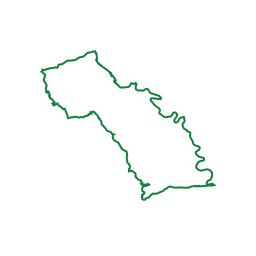 Farcasesti, Gorj, Romania (Natural Earth projection), rotated 16°
{"feature_id": "2599482B37967446659038", "entity_name": "Farcasesti", "entity_type": "district", "adm_level": 2, "iso_a3": "ROU", "parent_name": "Romania", "parent_adm1": "Gorj", "projection": "natural_earth1", "projection_center": [23.175, 44.859], "detail": "fine", "context": "isolated", "style": "outline", "palette": "green", "viewbox_px": 256, "rotation_deg": 16, "n_neighbors": 0, "source": "geoboundaries", "source_scale": "gbopen_adm2", "svg_char_len": 5854}
<svg xmlns="http://www.w3.org/2000/svg" viewBox="0 0 256 256"><g transform="rotate(16 128 128)"><path d="M226.6,159.1L224.5,158.3L223.3,158.8L222.3,159.6L219.9,160.4L219.4,160.4L219.0,160.0L218.8,158.8L218.9,157.6L219.2,157.1L221.4,155.0L221.8,153.9L222.0,151.4L221.7,149.4L221.0,147.9L220.4,147.3L218.6,146.1L217.2,145.8L215.2,145.9L210.9,148.4L209.7,148.8L208.5,148.9L207.4,148.8L206.3,148.4L204.6,147.3L204.1,146.2L204.1,145.6L204.4,143.2L205.2,141.2L206.9,139.5L208.5,139.1L209.3,138.6L209.8,137.7L209.8,137.2L209.5,136.5L209.2,136.1L208.4,135.9L204.2,136.1L201.3,134.7L200.5,134.1L199.9,133.2L200.0,132.2L200.4,131.4L202.3,129.3L202.6,127.8L202.5,127.4L202.1,126.9L200.8,126.2L196.9,126.1L195.5,125.5L195.1,125.1L193.5,122.7L190.7,119.9L189.9,118.9L189.6,117.9L189.5,116.4L189.3,115.7L188.9,115.2L188.4,115.0L186.5,115.0L185.7,114.6L185.2,114.0L184.7,113.7L182.3,113.3L181.5,112.7L179.9,110.9L179.5,109.8L179.4,108.8L179.6,108.1L180.6,106.4L180.3,105.2L179.5,103.9L179.4,103.0L179.0,102.2L178.3,102.2L177.6,102.5L176.9,103.1L176.0,103.5L175.2,104.3L174.8,105.3L174.2,108.1L173.7,108.9L172.6,109.6L171.7,109.5L170.7,108.8L170.4,108.0L170.5,106.2L171.4,104.6L171.5,104.0L171.6,102.1L171.5,101.4L170.3,100.6L169.3,100.2L167.9,100.3L167.4,100.9L167.0,101.8L166.8,103.5L165.6,105.3L163.1,106.3L161.4,107.3L160.3,107.4L158.5,107.0L156.0,105.9L154.3,105.4L153.8,104.4L153.8,102.1L153.4,101.5L152.5,100.6L151.9,100.3L150.5,100.0L146.8,98.4L144.8,96.8L143.5,96.2L142.3,95.1L141.9,94.4L141.8,93.8L141.9,93.4L143.1,92.8L146.4,92.0L149.1,91.8L151.2,91.2L151.5,91.0L151.7,90.5L151.3,89.9L149.6,88.8L148.3,88.5L140.2,88.3L139.0,87.6L136.5,85.3L135.4,85.2L134.7,85.3L134.3,85.7L132.7,87.5L132.0,88.0L131.5,88.2L130.4,88.2L128.3,89.0L126.4,89.1L125.2,88.7L124.7,88.3L123.9,85.5L124.2,84.5L124.1,83.8L123.8,83.2L123.2,82.7L122.8,82.7L122.4,83.5L121.9,83.9L119.7,84.0L118.6,84.3L118.5,84.7L118.7,85.3L118.5,85.9L118.1,86.5L117.7,87.8L116.9,88.5L112.1,90.5L110.3,90.9L109.5,91.2L105.8,89.1L105.0,88.9L105.0,88.7L103.8,88.0L103.6,88.2L103.8,88.5L102.5,87.6L102.2,87.1L102.3,86.9L102.0,87.1L101.9,86.8L101.9,86.4L102.0,86.1L101.9,84.1L101.1,83.8L99.2,82.1L98.7,82.0L98.2,82.7L97.7,82.4L97.8,82.0L97.5,81.9L97.6,81.5L97.3,80.8L97.1,80.7L96.9,80.9L95.7,80.5L96.1,79.7L89.2,77.0L86.9,76.3L85.0,75.2L84.7,75.5L83.9,75.3L83.1,74.5L82.4,74.2L82.2,74.3L81.7,73.9L81.5,74.1L78.7,71.6L79.1,71.3L79.0,71.1L79.4,70.9L77.4,65.7L77.0,65.6L76.8,65.1L76.9,64.9L76.7,64.5L76.5,64.4L76.1,64.6L75.7,64.1L75.6,63.6L76.0,63.3L75.4,63.6L75.1,63.3L72.6,64.5L72.2,65.0L70.5,66.0L69.5,66.3L67.9,67.6L66.8,69.5L66.2,70.7L65.5,71.2L64.7,72.2L62.4,73.1L61.3,74.2L60.4,74.8L59.9,75.8L58.8,76.8L57.0,77.9L56.2,78.1L54.7,79.0L53.1,79.2L50.7,80.4L47.7,84.2L46.7,84.9L43.9,86.3L43.8,87.0L43.6,89.5L42.1,89.6L40.7,90.2L38.8,91.3L36.1,92.2L34.7,93.4L33.5,93.8L32.7,94.7L31.6,95.4L29.6,95.5L29.7,96.8L29.4,97.6L30.4,97.6L31.2,98.7L32.3,98.9L33.7,99.6L33.8,100.2L33.6,100.6L33.6,101.4L33.9,102.0L34.0,102.6L33.6,104.4L33.8,104.5L34.0,105.3L34.4,106.0L35.0,106.6L36.5,107.5L36.8,108.2L38.0,109.3L38.2,110.2L38.0,111.1L38.1,112.5L38.1,112.9L38.5,113.3L39.5,114.7L39.1,115.7L40.1,115.9L41.1,116.4L41.2,116.1L40.7,115.5L41.6,115.0L42.0,116.0L43.1,116.7L43.3,117.7L43.2,118.5L43.3,118.8L44.1,118.8L44.1,119.3L43.9,119.7L44.8,120.5L44.8,120.8L45.2,121.1L45.7,120.8L47.2,121.3L48.3,122.4L50.4,123.5L50.1,124.7L48.6,125.3L50.3,126.8L53.5,123.8L53.8,124.5L55.0,125.2L55.4,125.6L57.6,126.1L59.7,127.3L59.9,127.3L60.4,127.5L60.5,127.7L61.2,127.0L62.1,127.1L62.2,127.3L62.2,127.7L62.6,127.9L66.0,132.1L67.7,135.1L71.5,132.8L72.2,133.0L72.9,132.5L74.7,131.6L75.9,131.4L77.4,131.7L78.5,131.3L79.7,130.4L82.3,129.9L82.4,129.5L82.7,129.1L83.6,128.5L84.1,128.0L84.6,127.9L85.9,127.3L86.0,127.0L86.7,126.3L86.3,125.7L88.1,124.3L88.7,124.3L87.6,123.2L89.0,122.2L89.7,122.4L90.1,122.2L90.6,121.7L91.5,122.2L93.1,123.4L93.3,123.3L94.9,124.2L95.7,124.8L96.4,125.9L97.8,127.1L97.9,126.9L98.3,127.4L100.0,128.4L100.9,129.6L101.1,130.6L101.8,131.8L102.6,132.1L102.9,132.5L103.5,132.5L105.4,134.0L106.3,134.4L108.2,136.2L109.0,136.4L110.3,136.4L111.1,136.7L111.5,136.7L111.9,136.5L112.6,136.6L113.3,136.9L114.1,138.1L115.8,138.1L115.4,138.4L115.8,139.1L115.7,140.8L116.2,141.5L116.6,142.4L117.4,143.2L118.8,143.7L119.2,144.1L120.2,144.2L122.9,144.9L126.3,148.3L127.1,148.6L127.3,149.5L127.9,149.8L130.6,150.6L132.9,150.9L133.1,151.4L133.7,152.0L134.1,153.0L134.3,154.1L135.0,155.1L134.8,156.4L135.1,157.3L136.2,159.5L136.3,160.3L137.0,161.3L138.6,162.3L139.2,163.0L140.0,163.6L140.4,164.2L140.6,165.0L140.7,166.2L140.2,167.3L140.7,168.6L141.1,168.8L141.1,169.1L141.9,168.4L142.4,168.8L143.1,168.2L143.7,168.1L147.6,169.6L148.3,170.6L148.3,172.1L148.9,173.0L149.7,173.3L149.8,173.2L150.5,173.9L152.2,174.8L153.7,175.0L154.7,174.7L155.2,175.3L155.2,175.6L156.2,176.6L156.9,176.6L157.1,176.9L156.8,177.5L156.0,178.0L157.7,179.0L159.2,178.0L159.4,178.1L159.5,178.0L160.1,178.5L160.3,178.4L160.3,178.0L160.7,177.9L161.4,178.1L161.8,177.8L161.7,177.3L162.1,177.3L162.2,177.0L161.7,176.7L162.1,176.3L162.9,177.0L163.7,176.4L164.0,176.6L162.0,178.1L158.8,180.0L158.3,181.8L158.4,183.0L159.0,184.4L159.3,184.7L161.5,185.4L161.3,186.1L161.6,186.4L161.4,187.1L160.4,188.2L160.0,188.4L160.7,189.6L160.4,189.9L160.6,190.3L160.4,190.6L161.1,192.0L161.3,192.3L161.8,192.3L162.5,192.7L164.0,192.3L164.2,191.5L164.9,190.5L167.3,188.8L167.7,188.1L168.1,186.9L168.5,186.1L169.4,185.1L169.9,184.2L170.5,184.0L171.6,184.0L172.6,183.4L173.6,183.2L174.5,182.8L175.5,181.6L179.0,179.0L179.7,177.9L179.9,177.2L180.4,176.7L181.5,175.9L182.5,174.3L183.6,173.5L184.2,172.7L189.4,172.5L191.3,171.9L192.6,171.3L201.2,169.2L202.5,168.5L203.2,168.4L204.4,167.2L209.1,164.9L210.0,165.4L210.7,164.7L211.5,164.1L212.1,164.5L212.6,164.0L213.6,164.1L214.1,163.9L220.5,161.5L222.3,160.6L223.8,160.5L226.6,159.1Z" fill="none" stroke="#15803d" stroke-width="2"/></g></svg>